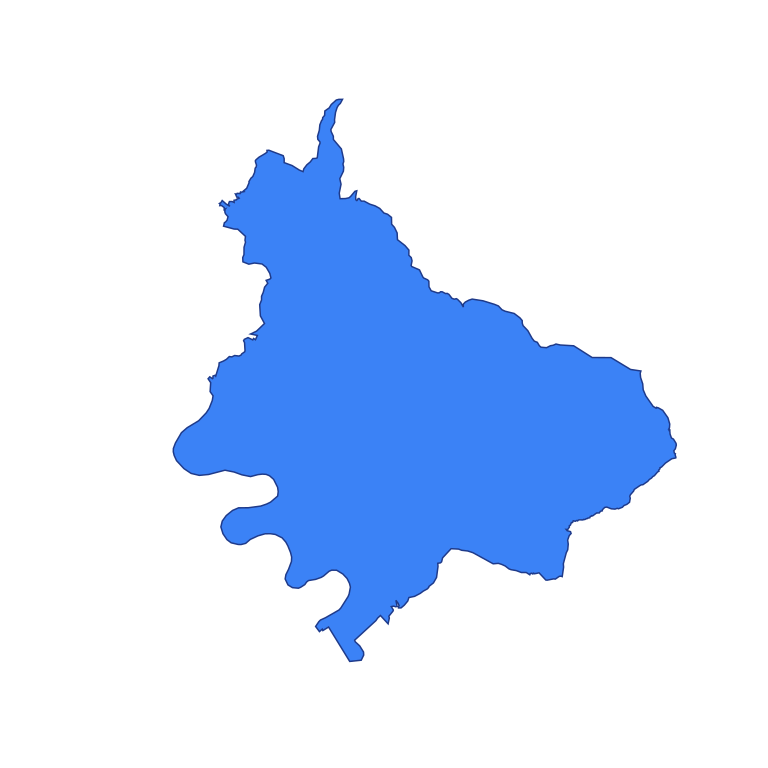 the district of Dobra, Hunedoara, Romania, rotated 235°
{"feature_id": "2599482B49682710241198", "entity_name": "Dobra", "entity_type": "district", "adm_level": 2, "iso_a3": "ROU", "parent_name": "Romania", "parent_adm1": "Hunedoara", "projection": "equal_earth", "projection_center": [22.59, 45.878], "detail": "fine", "context": "isolated", "style": "filled", "palette": "blue", "viewbox_px": 768, "rotation_deg": 235, "n_neighbors": 0, "source": "geoboundaries", "source_scale": "gbopen_adm2", "svg_char_len": 6171}
<svg xmlns="http://www.w3.org/2000/svg" viewBox="0 0 768 768"><g transform="rotate(235 384 384)"><path d="M516.2,485.7L521.0,484.3L524.1,482.0L530.3,481.2L535.0,478.9L539.5,475.5L545.2,472.6L546.8,470.3L550.2,470.0L550.7,469.2L549.8,467.2L550.1,466.7L551.3,466.7L553.8,468.3L557.9,472.5L558.5,470.7L556.8,464.3L556.6,462.1L558.0,458.8L561.0,454.3L566.0,456.8L572.3,463.4L577.5,465.5L581.6,472.8L584.6,475.3L587.8,476.6L589.3,478.6L591.6,480.0L601.0,483.9L613.3,482.8L616.0,484.6L621.1,485.5L622.9,486.4L626.6,493.7L628.8,495.0L634.3,500.1L637.4,504.2L638.5,506.6L638.9,509.2L641.0,513.3L643.1,510.2L644.0,507.8L643.2,501.1L641.6,497.5L641.6,492.2L638.1,489.4L637.4,486.6L635.9,485.3L635.7,484.1L633.1,480.1L628.9,476.5L625.0,471.6L622.3,470.1L619.2,470.4L618.0,469.8L615.8,466.5L607.6,459.1L607.8,457.8L609.5,455.0L608.2,451.0L607.8,446.5L606.3,441.8L604.4,439.5L607.7,437.4L615.7,434.0L622.6,429.2L625.9,431.5L628.8,432.4L641.5,423.8L642.5,422.1L641.1,421.4L640.9,419.3L641.5,411.7L641.1,407.8L640.7,406.7L639.7,406.1L636.4,405.1L635.0,403.6L634.7,402.3L631.5,399.3L629.2,395.5L628.9,393.0L627.3,389.5L626.2,388.8L623.1,383.8L622.7,379.5L621.9,379.7L623.1,376.9L624.1,376.3L622.9,376.4L622.5,375.4L624.4,373.1L624.1,372.1L624.9,371.3L621.5,370.6L620.5,371.8L619.3,371.9L619.9,369.2L619.5,368.8L620.5,366.5L618.7,365.4L620.7,364.1L622.1,362.0L620.4,359.5L618.0,359.6L621.7,358.0L627.1,356.7L626.1,354.4L626.3,352.7L625.3,352.9L624.3,351.8L623.5,353.2L620.2,354.3L618.8,353.3L618.4,354.6L617.9,353.1L617.6,353.4L616.2,352.3L614.4,351.8L610.5,352.2L608.2,349.4L607.6,347.1L607.7,345.8L605.3,343.1L596.9,350.1L594.7,353.0L584.4,355.2L581.5,352.6L579.6,351.9L576.3,347.8L570.3,343.5L568.6,340.8L565.0,338.5L559.7,342.0L557.4,347.3L552.3,352.9L547.2,354.5L540.1,353.9L535.7,352.2L535.4,350.6L536.5,346.9L533.2,346.6L531.8,341.7L528.3,337.6L526.1,334.0L523.1,331.9L520.3,327.7L510.7,321.8L502.1,320.8L500.4,309.9L501.5,303.4L496.4,308.1L494.0,304.1L496.1,303.3L495.4,301.8L500.0,299.2L500.7,295.2L500.0,293.8L497.9,293.5L491.2,289.4L490.3,288.4L490.3,284.8L489.7,283.4L490.1,281.2L493.0,278.0L493.5,274.9L495.2,273.0L494.6,269.1L494.9,265.7L495.9,261.1L493.7,259.3L487.0,250.7L488.0,250.7L488.6,248.5L486.8,247.1L486.8,246.5L489.8,245.4L489.2,242.9L484.5,242.8L477.5,237.2L472.4,237.2L469.0,233.9L464.3,226.8L462.3,221.7L460.2,211.1L461.1,197.8L460.3,190.1L455.3,179.3L452.0,174.5L449.3,172.5L445.7,171.1L440.2,170.1L429.4,171.6L421.4,174.7L415.1,180.3L410.5,188.4L404.6,204.3L397.9,210.7L391.1,215.5L384.7,221.6L382.1,228.7L380.0,232.6L377.6,235.6L374.5,237.6L369.2,238.9L360.4,237.6L356.5,235.6L353.2,232.6L352.3,223.2L353.0,218.9L354.7,213.0L360.5,201.8L366.0,193.8L367.3,187.4L366.7,179.3L364.5,172.9L360.5,168.4L353.7,166.2L346.6,166.1L341.6,167.7L336.2,172.5L334.5,174.8L332.8,179.3L333.4,185.3L331.9,193.7L329.5,200.7L326.5,205.1L323.1,208.7L316.5,212.3L310.8,212.9L306.5,212.4L299.6,210.8L295.2,209.1L291.7,206.4L287.0,199.6L284.1,194.3L281.0,191.2L274.5,190.1L269.7,192.2L265.8,196.8L265.3,199.1L265.1,204.1L266.2,207.0L266.3,209.4L263.2,215.9L261.6,221.7L261.4,224.4L262.1,231.7L261.5,234.4L258.6,238.4L252.0,241.3L245.9,242.2L240.6,241.4L236.9,240.0L232.0,235.0L230.5,232.7L225.3,220.2L224.7,217.5L226.1,202.1L227.1,196.6L226.7,194.3L224.6,188.9L218.2,189.1L218.6,192.8L217.1,192.5L216.7,199.2L176.4,196.8L170.8,206.9L173.6,211.9L176.2,213.5L183.4,213.9L189.3,212.6L191.0,213.0L194.8,241.6L195.9,244.5L196.4,248.3L185.2,249.8L189.2,254.1L191.0,254.8L192.8,261.1L193.5,262.0L197.5,262.3L196.5,264.5L194.7,265.9L194.4,267.2L200.0,269.7L196.2,269.8L193.7,269.2L193.3,267.9L192.3,267.4L190.8,269.6L191.2,273.8L192.6,279.0L194.8,281.9L192.5,287.3L191.7,293.6L191.8,297.5L191.3,302.1L191.8,304.1L192.4,304.7L192.7,310.4L195.4,316.1L203.6,323.6L206.3,325.2L205.1,327.7L205.3,329.2L208.0,332.3L210.6,344.5L206.0,350.4L203.2,352.3L199.2,356.8L194.8,360.1L174.1,370.3L171.5,374.8L168.8,376.9L165.4,378.9L160.9,380.3L159.1,381.5L155.3,385.3L150.8,388.4L148.0,392.4L144.1,394.0L144.8,395.1L144.3,396.4L143.3,396.7L143.4,397.8L142.4,398.0L142.3,399.0L141.8,399.3L140.4,402.7L130.6,404.1L129.7,405.2L127.1,411.1L125.9,412.5L125.9,417.2L125.1,418.7L124.0,419.5L131.0,426.1L133.9,427.8L141.2,436.5L142.8,439.4L147.2,443.1L150.8,444.9L153.6,448.8L154.2,451.5L156.1,452.1L158.8,449.9L160.4,449.8L159.4,451.0L160.5,453.8L161.6,454.5L161.5,455.8L163.0,458.0L162.4,459.0L163.4,460.6L161.8,462.0L161.7,463.5L160.8,464.1L161.1,464.6L160.8,465.9L158.5,469.1L158.6,469.8L157.8,470.7L157.6,472.6L157.2,473.0L157.3,473.8L156.4,475.9L157.2,477.0L156.8,477.9L157.0,478.6L156.3,479.2L156.4,484.2L154.9,486.4L155.6,488.3L154.9,490.1L155.7,490.7L156.3,494.0L155.4,495.9L151.4,498.6L149.0,501.5L148.4,503.7L147.3,504.5L146.3,508.6L146.8,510.9L146.1,513.9L146.3,517.3L149.2,520.2L151.1,520.9L151.9,522.2L153.1,527.0L154.1,528.6L154.0,535.3L153.8,537.0L153.0,538.3L153.0,544.3L153.6,546.6L153.5,549.2L154.0,551.0L153.8,552.9L155.0,557.5L154.9,559.3L155.9,559.5L156.3,561.5L157.1,562.0L156.8,563.7L157.8,569.2L157.7,576.9L156.1,580.6L156.6,581.1L159.1,581.9L159.7,582.7L160.9,582.2L163.1,583.2L163.8,585.5L166.3,588.4L167.9,589.2L172.8,589.5L174.9,588.5L178.9,589.6L181.3,591.0L182.2,590.8L182.3,591.8L183.4,591.9L183.7,591.4L184.6,592.9L187.3,595.1L193.5,597.2L202.6,597.2L207.0,595.1L208.5,593.9L208.0,593.4L208.3,592.9L211.4,591.6L224.0,591.6L230.6,593.0L235.7,596.0L242.1,597.9L245.8,600.0L247.3,601.9L254.5,594.3L275.4,585.1L286.3,569.7L306.5,561.3L314.9,550.7L318.1,547.8L318.7,544.8L319.9,542.3L320.5,538.0L324.1,533.7L326.3,533.2L330.2,533.5L332.9,531.7L336.4,531.5L345.1,532.4L352.0,531.4L354.4,532.1L356.7,533.6L360.2,533.3L367.1,531.1L374.1,525.0L377.2,523.2L382.3,522.5L386.0,520.1L395.4,512.8L403.0,504.9L404.0,501.6L404.5,497.6L403.9,494.7L401.5,493.1L406.4,493.6L411.1,492.8L412.4,492.2L413.2,490.2L415.2,488.8L420.1,488.6L421.9,487.8L422.9,486.2L426.1,484.6L427.1,483.3L427.0,481.6L427.8,480.2L433.3,476.1L437.8,476.6L442.5,479.7L444.3,479.5L448.1,477.3L449.4,477.2L457.1,478.5L464.3,474.1L465.5,474.2L468.8,477.6L471.9,478.8L475.2,478.2L479.4,481.2L485.3,480.6L494.5,477.8L500.2,481.4L506.3,482.4L510.5,481.9L516.2,485.7Z" fill="#3b82f6" stroke="#1e3a8a" stroke-width="1.5"/></g></svg>